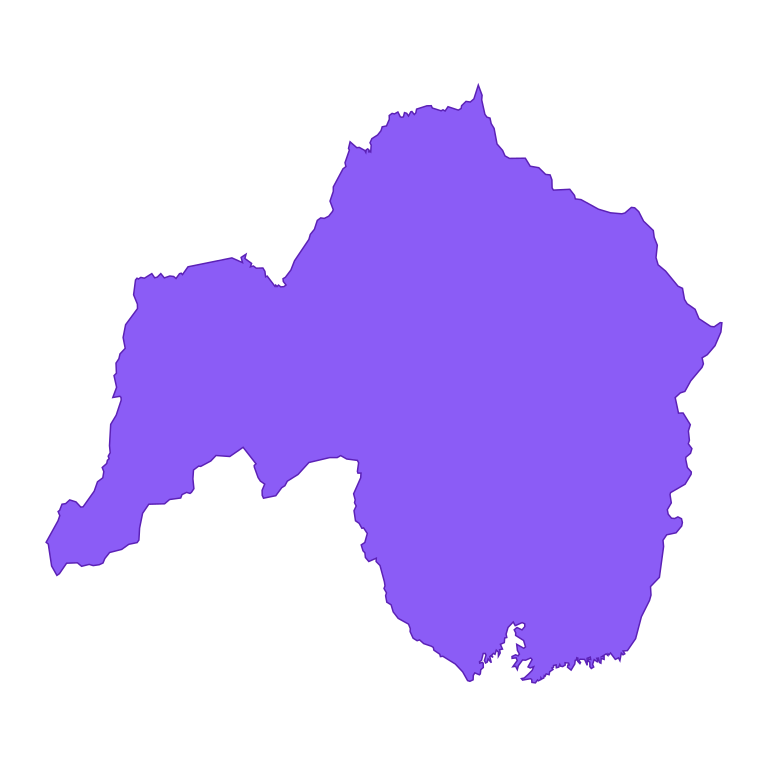 the district of Gokwe North, Midlands, Zimbabwe
{"feature_id": "62879985B87269615821372", "entity_name": "Gokwe North", "entity_type": "district", "adm_level": 2, "iso_a3": "ZWE", "parent_name": "Zimbabwe", "parent_adm1": "Midlands", "projection": "equal_earth", "projection_center": [28.8, -17.557], "detail": "fine", "context": "isolated", "style": "filled", "palette": "violet", "viewbox_px": 768, "rotation_deg": 0, "n_neighbors": 0, "source": "geoboundaries", "source_scale": "gbopen_adm2", "svg_char_len": 6104}
<svg xmlns="http://www.w3.org/2000/svg" viewBox="0 0 768 768"><path d="M56.9,575.4L59.4,573.7L66.6,563.2L77.4,562.8L81.6,566.3L89.2,564.4L93.2,565.6L99.3,564.7L103.0,563.0L104.8,558.6L109.6,552.5L121.7,549.4L128.8,544.3L137.1,542.6L138.9,540.1L139.6,528.0L142.6,513.3L148.8,504.2L164.6,503.8L169.6,499.5L180.7,498.0L182.0,494.6L186.6,492.4L190.0,493.4L191.4,492.4L193.9,488.7L192.9,478.8L193.5,470.0L198.7,466.1L200.7,466.4L210.8,461.0L216.0,455.5L229.8,456.5L243.1,447.3L256.0,463.8L254.2,465.5L254.3,467.0L258.1,477.6L260.4,481.1L264.7,484.1L262.1,490.3L262.2,495.3L263.5,498.2L275.8,495.7L281.7,487.7L284.9,485.7L287.3,481.2L298.1,474.4L308.9,462.5L329.6,457.6L337.2,457.6L340.7,455.6L346.7,459.0L357.4,460.4L358.6,462.8L357.4,471.4L357.9,473.1L361.0,473.1L360.7,477.8L353.6,493.8L355.2,499.9L354.5,502.7L356.2,506.0L354.0,510.7L355.5,520.8L359.1,523.3L361.9,528.3L363.6,527.9L367.3,533.5L364.8,542.5L361.2,544.9L363.0,550.8L364.9,552.8L365.4,557.5L368.8,561.5L376.3,558.2L376.1,561.5L380.0,565.5L384.4,581.8L385.0,585.9L384.0,588.5L386.5,592.9L385.6,595.7L386.8,602.2L391.1,604.8L393.2,611.9L398.2,618.4L408.5,624.1L410.3,628.6L410.1,631.6L413.1,638.2L417.1,640.7L419.6,639.9L423.7,643.6L431.3,646.2L433.3,647.4L433.9,650.2L439.8,654.2L440.4,656.6L442.9,656.3L455.3,664.0L462.7,671.9L467.6,680.6L469.9,681.3L473.1,679.8L473.3,675.4L474.8,672.9L479.4,674.8L480.3,673.9L480.8,669.7L483.3,667.5L483.2,663.3L482.5,662.4L479.7,663.1L479.5,661.7L481.5,660.4L483.2,653.5L485.3,653.5L486.0,655.2L484.4,660.5L485.6,663.0L487.3,662.0L488.1,658.9L491.3,662.7L489.8,656.6L490.7,655.8L493.0,657.4L491.6,655.3L493.5,653.4L495.0,654.3L496.3,650.1L498.4,652.1L498.4,656.2L500.2,653.0L499.6,649.7L502.5,649.1L500.4,644.3L504.3,642.6L504.7,638.0L506.8,637.5L506.1,634.1L508.0,627.5L513.2,622.0L515.2,625.7L522.1,622.6L524.7,623.8L524.8,626.6L522.0,629.9L517.0,627.5L514.2,629.8L515.7,632.8L515.6,635.4L523.6,640.5L525.5,646.9L523.8,648.3L516.7,644.3L517.4,650.4L519.4,654.1L518.1,655.8L515.6,654.8L512.0,656.5L512.1,658.4L516.1,657.8L517.2,660.6L512.8,666.7L515.6,666.3L517.3,669.6L518.3,665.8L522.5,660.0L525.6,660.2L530.7,658.0L532.1,659.5L528.0,666.9L530.2,668.0L533.7,666.7L532.2,670.3L528.4,674.2L524.2,678.0L521.4,678.6L522.6,680.1L530.5,678.7L531.7,679.6L531.9,682.4L535.4,682.9L537.5,680.0L538.3,680.8L541.0,679.5L541.0,678.0L541.7,679.0L543.8,678.0L544.3,675.6L545.1,676.2L546.2,673.9L549.1,674.7L549.7,671.7L553.0,669.5L552.0,668.0L553.5,667.2L553.5,665.5L556.1,664.9L556.3,667.8L558.8,667.1L559.8,664.5L560.6,666.2L562.7,666.6L565.2,665.0L565.1,662.7L568.6,663.1L569.2,664.9L567.9,665.0L567.5,667.2L571.1,670.1L574.8,664.0L575.2,660.3L576.3,660.1L576.8,657.7L577.9,658.1L577.7,661.3L579.9,663.6L580.5,662.4L578.9,660.8L580.1,659.2L584.6,659.4L587.2,665.3L587.1,658.3L590.3,657.1L590.7,659.5L588.8,659.1L588.0,661.2L589.8,662.1L589.9,666.7L591.3,668.5L593.7,667.0L592.6,664.4L594.2,659.6L597.2,661.8L597.9,660.5L596.8,658.3L598.4,658.1L599.4,662.5L600.9,663.2L601.2,658.4L604.1,659.4L604.1,656.5L602.0,656.5L606.1,653.9L607.9,655.5L608.1,653.9L609.1,654.7L610.5,653.0L615.3,659.4L618.5,657.9L619.9,660.6L621.3,653.1L623.0,654.8L624.8,653.8L623.1,651.0L627.4,650.6L635.6,638.7L641.4,616.7L649.5,600.5L651.0,595.1L650.5,586.6L659.4,577.3L663.6,546.5L663.0,540.3L666.7,534.8L676.1,532.8L681.7,526.0L682.4,522.5L681.5,518.7L677.9,516.9L674.7,518.5L671.5,518.2L668.2,514.2L667.3,509.7L671.3,502.9L670.0,494.5L670.6,492.6L685.1,484.2L691.1,474.3L691.3,472.0L687.4,467.5L685.7,459.1L685.9,457.2L690.5,453.3L691.9,448.6L688.3,443.8L689.4,440.3L688.4,431.0L690.3,424.7L683.1,413.0L678.5,413.1L675.2,397.6L680.3,392.9L684.9,391.4L690.7,380.9L702.0,367.4L703.4,363.9L702.1,357.8L707.3,354.7L715.0,345.7L720.9,332.0L721.9,322.8L720.2,322.6L714.2,326.8L710.7,326.4L699.0,318.7L695.1,309.3L687.1,303.7L684.5,299.4L682.5,288.3L678.0,286.2L665.6,271.1L658.1,264.8L656.0,257.6L657.3,245.2L654.2,237.3L653.3,230.5L643.6,221.2L638.7,211.6L634.7,207.8L631.4,207.4L624.9,213.0L621.8,213.8L610.5,212.8L598.5,209.2L581.0,199.6L575.3,198.9L574.5,195.4L569.8,189.3L553.4,190.1L552.1,187.9L551.9,179.8L550.1,174.9L545.6,174.4L538.8,167.7L530.2,166.2L525.3,158.2L509.5,158.4L505.0,155.9L502.6,150.4L497.0,143.9L494.1,128.4L491.2,123.6L490.0,118.1L486.9,117.1L484.9,114.3L481.7,99.9L482.1,95.3L478.3,85.1L473.9,98.9L470.3,102.0L466.0,101.4L461.6,105.7L461.1,108.5L458.3,110.1L448.0,106.7L445.1,111.0L443.0,109.8L441.1,110.8L432.3,108.0L431.3,105.7L426.9,105.8L416.6,109.1L415.8,112.9L414.3,114.5L411.9,111.5L410.8,111.8L408.5,116.0L406.7,113.3L404.5,112.6L403.4,116.8L401.8,117.3L400.3,116.8L397.9,112.0L394.5,113.9L392.1,113.4L389.2,115.5L389.3,119.3L386.5,125.9L382.2,126.8L381.0,130.7L377.6,135.0L371.9,138.6L370.0,142.8L371.2,145.1L370.7,151.9L369.4,150.8L368.8,152.6L368.9,149.9L367.7,148.9L366.2,149.9L365.8,152.4L364.7,150.4L359.3,147.4L356.8,147.7L350.1,141.8L348.5,148.5L349.4,150.0L345.0,162.7L345.9,166.6L343.0,168.8L333.3,186.9L333.3,191.4L330.0,201.1L333.2,209.6L332.6,211.3L328.7,216.2L324.3,218.4L320.7,217.9L317.3,220.4L314.4,229.3L310.3,234.4L308.9,239.4L294.5,260.8L290.9,270.0L285.4,277.3L283.0,278.7L283.3,281.5L286.0,285.0L284.0,286.6L280.8,286.9L278.5,285.1L277.0,286.6L275.7,285.1L275.0,286.4L267.2,276.1L265.6,276.8L264.9,271.3L262.9,268.0L256.3,268.2L253.4,266.0L250.4,266.8L251.6,263.4L244.9,258.5L246.0,254.2L241.1,257.4L242.5,262.6L231.9,257.9L188.0,266.8L182.5,274.6L181.2,273.2L179.5,273.7L176.0,278.5L173.7,276.5L169.8,276.0L164.3,277.9L160.8,273.6L157.3,277.1L154.7,277.8L151.8,273.6L144.4,278.2L140.8,277.4L138.4,279.0L137.0,278.2L135.5,280.0L133.6,294.8L137.4,304.1L137.5,308.6L125.6,324.7L123.1,337.5L125.2,348.3L120.0,353.9L118.9,358.7L116.0,363.1L116.4,373.2L114.0,375.6L116.6,387.3L112.8,397.5L119.9,396.3L121.0,397.4L121.2,400.1L116.2,415.2L110.7,424.3L109.5,445.7L110.2,452.7L108.2,456.2L109.1,458.7L107.4,460.3L106.7,463.5L102.2,467.5L103.8,471.6L102.8,477.8L97.5,481.8L94.2,491.2L83.1,506.8L80.8,507.1L76.0,501.9L69.7,499.9L65.7,503.6L62.0,504.2L59.6,510.4L58.1,511.5L59.8,515.6L58.0,520.8L46.1,542.3L48.3,544.1L51.6,566.0L56.9,575.4Z" fill="#8b5cf6" stroke="#5b21b6" stroke-width="1.5"/></svg>